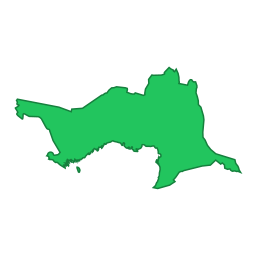 map outline of Atyrau (Albers equal-area conic projection)
{"feature_id": "KAZ-3198", "entity_name": "Atyrau", "entity_type": "Region", "adm_level": 1, "iso_a3": "KAZ", "parent_name": "Kazakhstan", "parent_adm1": "", "projection": "albers", "projection_center": [51.054, 47.461], "detail": "fine", "context": "isolated", "style": "filled", "palette": "green", "viewbox_px": 256, "rotation_deg": 0, "n_neighbors": 0, "source": "natural_earth", "source_scale": "10m", "svg_char_len": 5808}
<svg xmlns="http://www.w3.org/2000/svg" viewBox="0 0 256 256"><path d="M22.2,119.0L18.0,115.7L17.3,114.9L16.9,114.4L16.8,113.9L17.0,113.5L17.3,112.9L17.8,112.5L17.8,112.2L17.0,110.6L15.5,108.4L15.4,108.0L15.7,107.8L17.6,106.7L18.6,105.9L19.0,105.2L18.6,104.8L17.3,104.6L17.0,104.1L17.0,103.5L17.2,102.9L17.3,102.3L17.2,101.5L16.6,100.7L16.5,100.4L16.6,100.2L17.1,99.8L17.4,99.2L59.0,107.2L71.2,111.7L71.8,109.1L82.5,108.3L101.6,95.2L103.3,94.8L104.4,93.7L105.7,93.1L106.8,93.1L109.0,90.1L111.6,87.9L114.0,87.7L116.5,86.8L125.4,87.8L127.2,88.4L127.4,89.5L126.8,92.2L130.4,93.6L132.3,94.0L134.4,94.0L135.2,92.9L143.4,95.4L144.9,94.7L144.8,93.2L145.5,89.0L148.8,83.5L148.6,79.4L151.9,75.0L153.2,75.3L161.4,75.1L163.9,74.3L164.6,73.8L164.3,72.8L164.8,72.0L169.1,67.5L170.8,68.9L173.5,70.2L173.6,71.2L174.6,71.7L176.2,69.2L178.1,73.5L178.9,77.3L179.0,80.6L179.3,82.3L178.9,83.5L187.5,85.2L188.5,82.1L189.5,80.4L190.4,79.7L191.7,79.8L192.5,81.1L193.6,81.9L195.6,81.9L196.9,85.8L196.9,87.7L196.4,88.5L196.0,92.9L197.3,96.6L198.3,100.8L198.4,104.6L200.9,107.2L203.4,115.8L203.9,119.9L202.8,132.2L203.0,137.3L205.1,140.1L207.4,145.3L210.7,149.5L215.8,153.8L234.9,159.7L235.7,163.3L237.9,166.2L238.6,167.9L239.2,170.1L240.6,172.4L237.9,171.3L236.7,171.5L234.8,170.9L232.3,171.2L230.8,170.3L229.9,168.9L227.5,169.3L224.8,168.2L224.4,164.8L222.3,163.0L220.7,164.1L215.7,160.1L210.4,165.1L202.2,166.0L183.4,170.7L182.6,171.4L181.2,171.4L179.3,172.1L175.6,177.4L173.4,179.9L175.0,181.6L169.7,185.1L157.7,188.5L153.3,187.6L153.7,187.2L153.9,187.0L154.5,186.7L155.6,185.3L155.9,184.7L156.3,183.4L156.7,182.6L157.3,181.9L157.5,181.6L158.0,180.1L158.5,179.1L158.6,178.6L158.5,178.0L158.3,177.6L158.5,177.2L159.0,176.4L159.2,175.9L159.3,175.3L159.4,172.9L160.1,169.7L160.0,167.3L159.3,165.5L158.1,164.1L156.9,162.9L157.4,162.9L158.1,163.6L158.6,163.8L158.6,163.5L158.1,163.2L157.9,162.7L157.9,162.0L158.0,161.4L157.6,161.6L157.1,162.2L156.5,162.6L156.1,162.4L156.0,161.7L156.3,160.8L157.0,159.3L157.0,159.9L157.3,160.2L157.8,160.3L158.1,160.0L158.3,159.4L158.4,158.1L158.6,157.5L158.8,158.3L159.0,158.1L159.4,157.1L159.6,157.0L160.4,157.0L160.8,156.7L160.9,156.3L160.9,154.9L160.4,154.1L159.6,153.8L158.9,153.7L158.4,153.5L158.2,153.0L158.3,151.9L157.8,149.5L157.3,148.6L157.2,148.1L157.0,147.9L155.9,148.1L155.5,148.0L155.1,147.6L154.1,146.2L153.8,145.9L152.7,146.0L150.5,146.5L149.2,146.3L146.5,146.3L145.9,146.2L145.4,145.9L144.6,145.0L144.2,144.8L142.7,144.6L142.2,144.7L142.0,145.0L141.9,145.4L141.9,146.3L141.8,146.6L140.8,148.1L140.4,148.4L138.1,149.3L137.5,149.3L136.7,148.8L136.3,148.8L136.2,149.1L136.2,149.6L137.2,150.1L137.5,150.6L137.7,151.0L137.7,151.4L137.6,151.5L134.6,151.3L134.0,151.1L133.6,150.8L133.5,150.5L133.5,150.0L133.3,150.1L133.0,149.8L132.2,149.0L132.0,148.8L131.8,148.7L131.8,148.2L132.4,147.4L132.3,147.0L131.8,146.9L131.4,147.5L130.9,148.8L130.4,149.0L129.7,149.0L128.9,148.8L128.3,148.5L129.1,147.5L129.3,147.3L128.8,147.1L128.2,147.4L127.2,148.1L126.7,148.1L126.2,147.8L125.7,147.5L125.3,147.0L124.4,146.2L124.1,145.7L124.5,144.2L124.5,143.4L124.1,142.9L123.5,142.8L123.1,143.2L122.9,143.9L122.7,144.7L122.5,145.3L122.1,145.4L121.6,144.8L120.9,143.5L120.5,143.1L119.9,142.8L118.4,142.5L117.0,142.0L114.0,141.4L113.0,140.7L112.4,140.9L111.3,141.6L110.4,142.1L107.2,142.9L106.8,143.1L106.1,144.1L105.7,144.3L105.3,144.2L104.8,143.7L104.5,143.6L104.3,143.7L104.1,143.9L104.1,144.2L104.2,144.3L104.1,144.6L102.1,147.9L101.7,148.2L101.5,147.6L101.6,147.2L102.0,146.5L102.1,146.1L102.0,145.8L101.7,146.0L100.8,147.0L100.2,147.3L99.6,147.4L99.1,147.2L98.8,147.2L98.6,147.9L98.5,149.5L98.3,150.1L98.0,150.6L97.6,150.9L97.2,150.7L97.6,150.1L97.9,149.6L97.8,149.2L97.3,149.0L96.5,149.3L96.0,149.7L95.8,149.6L94.9,148.7L94.6,148.6L94.3,148.5L94.0,149.0L93.2,151.3L92.8,151.7L92.9,151.2L92.9,150.0L92.6,150.3L92.1,151.4L91.9,151.5L91.5,151.6L91.1,151.8L90.0,153.9L89.5,154.4L89.0,154.4L89.1,154.0L89.2,153.6L89.3,153.2L89.1,153.1L88.8,153.1L88.0,153.6L85.8,155.9L85.1,157.1L84.7,157.6L84.2,157.8L83.3,157.7L83.0,157.8L82.8,157.9L82.2,158.7L81.3,159.1L81.0,159.6L80.7,159.6L80.0,159.4L79.7,159.7L79.6,160.4L79.5,160.8L78.8,160.6L78.6,160.0L78.4,159.9L78.1,160.0L78.1,160.7L78.0,161.1L77.8,160.9L77.3,160.3L77.0,160.0L76.7,160.1L76.7,160.3L76.7,161.2L76.7,161.5L75.2,159.4L74.8,159.2L74.7,159.9L74.9,161.5L74.4,161.2L74.2,161.4L74.0,161.8L73.7,162.2L73.5,161.4L73.2,160.9L71.8,160.2L71.4,160.0L71.1,159.5L71.1,158.8L71.1,159.9L71.2,160.4L71.5,160.9L71.7,161.8L71.9,162.1L71.6,162.1L70.8,161.7L70.9,160.9L70.3,160.3L70.1,160.1L70.0,160.3L69.9,160.7L69.2,160.5L68.3,160.1L67.6,159.6L67.2,158.9L67.3,159.8L68.9,161.7L69.2,162.8L68.8,162.6L67.8,162.5L67.4,162.1L67.2,161.6L66.9,161.2L66.5,161.1L66.5,161.3L66.8,161.7L66.9,162.4L67.0,163.2L67.6,163.5L68.5,164.5L68.7,165.2L68.6,165.5L68.5,165.9L67.5,165.1L67.1,164.7L66.1,163.2L65.8,163.0L65.1,163.0L65.6,163.4L65.7,163.7L65.7,164.3L65.8,164.6L66.7,165.6L66.4,165.9L66.0,165.6L64.1,164.9L63.9,164.9L63.7,165.1L63.8,165.4L64.0,165.7L64.5,165.8L64.8,166.1L65.0,166.8L65.1,168.0L60.5,165.2L58.7,163.7L57.7,162.7L57.3,162.4L56.6,162.3L56.0,162.5L55.4,162.4L53.9,161.2L53.4,160.4L52.7,159.8L51.7,159.6L49.5,159.5L48.7,159.1L49.3,158.3L49.0,158.0L48.8,157.0L48.6,156.6L47.7,156.1L47.3,155.9L46.8,155.8L47.4,155.0L48.1,153.3L49.4,152.3L50.9,152.1L52.2,152.6L52.7,153.0L53.1,153.6L53.7,155.0L54.3,155.3L57.9,154.7L58.7,154.1L60.1,152.4L53.1,140.6L49.8,131.1L49.6,130.2L49.3,129.6L49.0,129.4L48.1,129.2L47.3,128.9L46.7,128.3L45.6,126.6L41.4,118.8L40.0,117.5L38.5,116.7L29.2,116.4L24.3,113.8L23.7,113.7L23.3,114.0L23.1,114.5L23.0,116.6L22.8,118.2L22.6,118.9L22.2,119.0ZM79.4,168.7L79.8,169.7L79.9,170.5L79.4,172.1L79.0,172.3L78.4,171.9L78.1,171.0L77.0,167.9L77.0,167.2L77.7,167.2L78.7,167.8L79.2,168.3L79.4,168.7Z" fill="#22c55e" stroke="#15803d" stroke-width="1.5"/></svg>